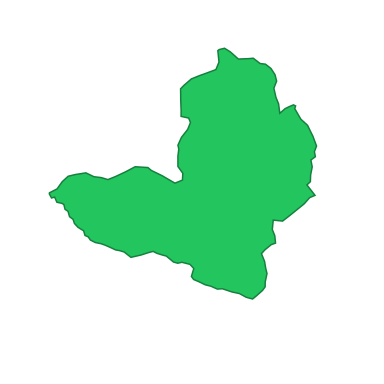 the district of Dora, Limassol, Cyprus, rotated 68°
{"feature_id": "46923920B60204225307219", "entity_name": "Dora", "entity_type": "district", "adm_level": 2, "iso_a3": "CYP", "parent_name": "Cyprus", "parent_adm1": "Limassol", "projection": "mercator", "projection_center": [32.731, 34.777], "detail": "fine", "context": "isolated", "style": "filled", "palette": "green", "viewbox_px": 384, "rotation_deg": 68, "n_neighbors": 0, "source": "geoboundaries", "source_scale": "gbopen_adm2", "svg_char_len": 1825}
<svg xmlns="http://www.w3.org/2000/svg" viewBox="0 0 384 384"><g transform="rotate(68 192 192)"><path d="M90.9,85.1L89.6,89.4L86.1,99.2L76.4,104.0L70.9,108.0L70.1,113.5L70.6,115.1L81.6,118.3L87.4,123.9L87.4,126.9L86.9,141.7L86.9,150.2L90.1,159.5L92.0,163.9L102.8,168.1L112.5,171.6L117.8,173.8L122.2,167.4L127.0,167.4L132.3,172.5L137.4,181.3L143.3,187.5L147.3,188.2L153.6,191.7L163.1,195.5L171.2,193.5L177.4,196.4L177.4,204.5L165.7,213.6L157.6,220.9L156.5,221.8L152.8,223.7L147.3,235.2L147.4,236.4L148.4,246.1L149.0,257.1L149.0,265.3L144.6,270.8L141.1,277.2L134.5,283.2L132.1,293.6L131.0,300.9L133.8,308.4L138.6,316.0L139.3,324.4L140.3,325.0L144.9,324.5L145.3,321.3L150.9,321.1L153.7,317.0L155.6,315.5L160.5,316.2L163.5,314.2L169.0,314.8L172.8,312.5L177.1,312.8L182.1,310.9L185.8,308.2L187.3,307.0L192.2,307.5L194.6,305.1L198.5,304.2L202.7,300.5L205.8,295.8L208.9,292.3L212.8,288.5L217.0,284.6L219.3,281.0L222.2,277.4L229.7,273.1L231.3,263.1L231.9,255.1L232.5,250.3L235.8,247.4L239.4,243.0L241.8,239.8L250.0,235.4L252.7,231.9L253.4,227.7L258.3,221.0L263.6,219.0L270.1,224.2L272.8,223.5L273.8,223.2L278.0,219.0L283.0,214.5L286.4,209.8L291.5,204.9L293.1,200.1L299.8,192.2L303.9,186.1L309.9,181.2L313.9,175.9L312.4,171.1L309.7,163.5L307.9,160.6L307.3,159.7L302.8,157.8L299.7,155.7L295.7,153.0L290.2,152.2L286.1,151.3L283.6,150.7L275.2,150.7L272.9,146.0L270.5,138.2L270.7,133.7L263.5,131.6L256.9,131.6L248.5,127.2L252.9,118.9L250.2,109.4L245.0,92.4L241.3,85.0L241.2,79.2L228.5,82.8L226.8,78.4L220.6,75.6L213.7,71.1L206.9,69.8L205.5,64.4L200.5,63.4L196.0,59.3L185.5,59.0L181.9,59.3L173.4,59.9L165.3,63.8L153.2,65.5L151.0,63.7L149.2,65.3L149.3,70.2L149.6,74.4L151.9,81.1L142.7,78.7L135.6,78.7L126.4,77.2L120.9,72.0L114.3,71.1L107.1,72.5L101.0,76.0L98.4,80.7L90.9,85.1Z" fill="#22c55e" stroke="#15803d" stroke-width="1.5"/></g></svg>